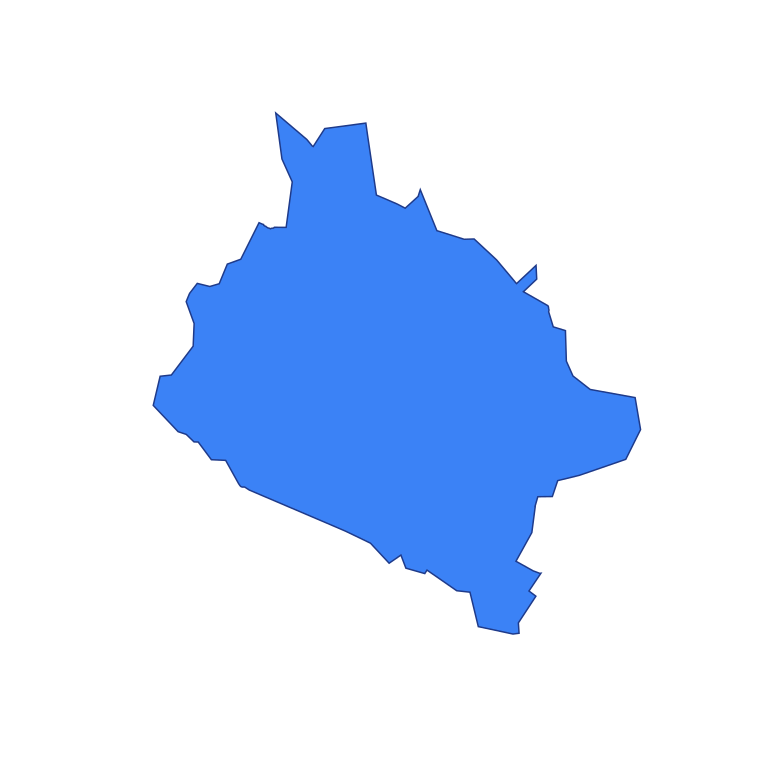 the district of Buncombe, North Carolina, United States of America, rotated 231°
{"feature_id": "52423323B179276843030", "entity_name": "Buncombe", "entity_type": "district", "adm_level": 2, "iso_a3": "USA", "parent_name": "United States of America", "parent_adm1": "North Carolina", "projection": "orthographic", "projection_center": [-82.512, 35.619], "detail": "fine", "context": "isolated", "style": "filled", "palette": "blue", "viewbox_px": 768, "rotation_deg": 231, "n_neighbors": 0, "source": "geoboundaries", "source_scale": "gbopen_adm2", "svg_char_len": 1611}
<svg xmlns="http://www.w3.org/2000/svg" viewBox="0 0 768 768"><g transform="rotate(231 384 384)"><path d="M587.7,527.8L598.2,534.1L619.8,498.7L613.1,478.4L614.2,478.0L622.7,477.9L627.4,477.0L662.7,470.4L623.1,446.3L598.8,439.9L567.3,406.5L574.8,397.4L574.7,396.2L575.9,394.4L576.1,393.4L577.4,392.8L578.2,392.1L580.1,391.4L580.9,391.4L581.9,390.7L583.0,390.4L583.7,390.8L584.9,390.0L588.0,388.4L571.1,351.2L575.8,337.7L565.6,319.0L565.9,318.4L569.4,310.0L579.7,302.2L576.8,290.0L576.5,289.6L576.4,289.2L572.5,282.1L550.5,274.5L533.5,259.5L524.8,224.4L530.9,214.9L512.6,191.2L476.5,194.0L469.3,198.6L458.6,199.9L455.8,203.1L433.8,202.2L424.3,212.9L398.1,208.3L395.7,208.1L394.5,208.2L393.5,208.7L392.9,209.2L392.1,210.3L391.5,210.9L386.3,212.6L303.9,256.2L293.8,261.5L268.8,273.3L241.5,275.2L240.4,289.5L227.1,285.1L211.0,296.4L212.3,300.3L177.6,310.4L168.1,319.8L136.1,304.6L108.5,326.9L105.3,332.1L113.8,338.1L123.5,368.5L131.9,366.4L138.2,386.9L138.4,386.6L138.5,386.3L138.5,386.1L144.0,382.9L144.2,382.7L144.5,382.5L163.2,375.0L175.5,405.4L193.4,424.2L193.5,424.1L193.8,424.3L199.6,432.6L190.6,444.0L199.6,458.2L190.1,478.3L173.3,524.5L187.1,554.7L215.4,570.6L250.0,540.8L271.3,535.9L287.0,540.1L311.3,558.6L321.9,551.5L336.5,557.4L337.3,558.4L337.7,558.8L339.2,559.5L340.2,560.2L341.1,560.6L341.8,560.6L368.0,550.4L369.4,568.7L380.5,576.8L378.6,550.4L378.6,550.2L379.6,550.1L382.4,550.1L409.6,549.6L440.0,545.3L446.0,537.4L469.9,521.6L512.2,534.5L508.6,529.0L508.4,529.0L508.3,528.9L508.3,528.7L507.3,511.1L515.4,507.6L535.6,497.0L587.7,527.8Z" fill="#3b82f6" stroke="#1e3a8a" stroke-width="1.5"/></g></svg>